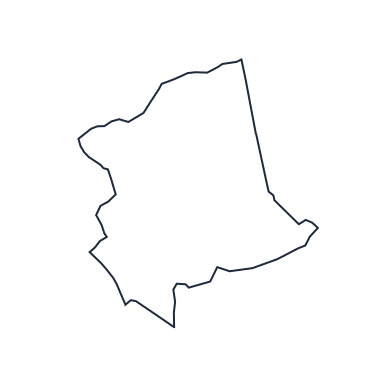 the district of Djourf Al Ahmar, Sila, Chad, rotated 229°
{"feature_id": "50815135B90510100968968", "entity_name": "Djourf Al Ahmar", "entity_type": "district", "adm_level": 2, "iso_a3": "TCD", "parent_name": "Chad", "parent_adm1": "Sila", "projection": "robinson", "projection_center": [20.609, 12.361], "detail": "fine", "context": "isolated", "style": "outline", "palette": "slate", "viewbox_px": 384, "rotation_deg": 229, "n_neighbors": 0, "source": "geoboundaries", "source_scale": "gbopen_adm2", "svg_char_len": 1245}
<svg xmlns="http://www.w3.org/2000/svg" viewBox="0 0 384 384"><g transform="rotate(229 192 192)"><path d="M101.8,89.9L113.0,99.3L120.2,107.2L130.6,113.9L132.8,120.2L132.8,120.3L126.6,126.6L121.9,126.9L112.5,147.0L118.7,161.7L118.7,161.8L107.5,168.4L94.8,187.8L85.3,212.5L79.8,235.3L77.4,242.2L77.3,242.3L80.0,249.2L80.9,251.2L81.0,251.7L82.3,263.4L90.0,262.6L96.4,259.5L96.4,259.3L96.8,256.0L96.9,255.9L97.6,251.5L100.1,251.3L117.8,249.9L131.7,248.8L136.1,251.2L139.9,250.5L142.0,250.1L148.9,253.8L193.4,278.3L194.4,278.6L243.5,307.3L259.6,316.2L261.0,311.0L268.7,298.9L269.4,293.2L272.1,281.8L280.2,273.1L284.6,266.7L286.9,258.8L288.9,252.4L290.7,247.4L293.5,240.1L291.3,234.3L287.8,221.8L283.5,207.3L286.6,189.9L294.7,184.8L298.1,177.5L299.2,169.1L303.7,163.6L305.9,157.4L306.7,141.2L299.6,137.9L292.8,136.7L285.8,137.1L272.5,140.8L268.2,140.8L266.2,142.0L264.3,143.4L254.2,139.2L240.2,132.8L239.7,122.5L239.7,122.4L241.6,113.9L237.5,104.5L233.2,103.6L226.6,102.2L218.2,98.7L215.2,98.4L214.0,98.2L215.4,90.4L213.8,82.2L213.8,75.3L198.0,76.7L190.4,76.7L179.0,76.2L172.0,74.8L168.1,73.5L164.5,72.3L150.8,67.9L150.6,67.8L150.6,68.5L150.5,74.6L150.5,74.8L146.4,78.1L101.9,89.8L101.8,89.9Z" fill="none" stroke="#1e293b" stroke-width="2"/></g></svg>